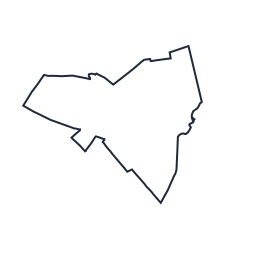 Santa Gertrudis, Oaxaca, Mexico, rotated 337°
{"feature_id": "50627088B89208011470792", "entity_name": "Santa Gertrudis", "entity_type": "district", "adm_level": 2, "iso_a3": "MEX", "parent_name": "Mexico", "parent_adm1": "Oaxaca", "projection": "natural_earth1", "projection_center": [-96.798, 16.776], "detail": "fine", "context": "isolated", "style": "outline", "palette": "slate", "viewbox_px": 256, "rotation_deg": 337, "n_neighbors": 0, "source": "geoboundaries", "source_scale": "gbopen_adm2", "svg_char_len": 2953}
<svg xmlns="http://www.w3.org/2000/svg" viewBox="0 0 256 256"><g transform="rotate(337 128 128)"><path d="M195.9,74.7L194.5,80.6L183.4,77.5L175.3,75.4L175.0,75.1L175.3,73.1L169.5,71.5L166.7,72.2L156.1,75.6L149.3,77.5L133.2,81.8L131.4,82.3L126.1,72.5L120.1,65.5L118.8,66.1L117.2,64.6L115.2,63.6L113.0,63.3L112.4,64.3L112.3,65.4L112.6,67.3L112.1,68.1L108.4,65.5L106.2,64.0L105.6,63.6L100.9,60.4L97.4,58.1L87.2,54.4L83.3,52.5L76.9,49.6L75.1,49.0L71.4,46.3L61.7,52.5L53.8,57.0L40.3,66.5L47.8,76.4L50.7,79.6L60.0,90.4L78.6,107.6L79.4,107.9L79.7,108.1L80.3,108.6L82.2,110.0L82.4,110.2L82.7,110.3L83.2,110.5L82.8,111.4L77.2,113.1L72.2,114.8L73.0,116.9L74.4,119.9L74.7,120.6L75.5,122.3L75.6,122.5L75.8,123.1L76.1,123.7L76.3,124.1L76.7,125.0L79.4,132.7L80.0,132.6L80.5,132.5L80.9,131.8L81.5,131.4L81.9,131.2L82.4,131.0L82.5,130.9L83.3,130.5L83.5,130.3L84.6,129.7L84.8,129.6L85.0,129.5L85.8,129.1L86.9,128.4L87.4,128.1L89.2,127.0L89.4,126.9L89.8,126.6L90.1,126.3L90.4,126.1L90.7,125.9L91.1,125.7L94.3,123.5L95.2,123.2L97.7,125.3L100.3,127.8L100.5,128.0L101.9,129.0L101.6,129.6L101.2,129.8L100.8,130.1L100.5,130.3L100.1,130.4L99.8,130.7L99.5,130.9L99.4,130.9L99.3,131.1L99.2,131.2L99.6,131.8L99.9,132.7L100.2,133.9L100.2,134.2L100.4,135.0L100.6,135.9L100.8,136.7L101.1,137.8L101.4,138.7L101.6,139.5L101.8,140.0L102.0,140.5L102.1,141.0L102.3,141.5L102.5,142.0L103.0,144.0L103.5,146.0L104.0,147.3L104.1,148.1L104.3,148.4L104.4,148.7L104.5,149.4L104.6,149.6L104.9,150.3L105.0,150.7L105.1,151.1L105.2,151.4L105.3,151.6L105.4,152.1L105.5,152.3L105.5,152.5L105.6,152.8L105.8,153.1L105.8,153.4L105.9,153.6L106.0,154.0L106.1,154.4L106.2,154.8L106.3,155.0L106.4,155.4L106.5,155.7L106.6,155.8L106.6,156.0L106.8,156.5L106.9,156.9L107.0,157.1L107.0,157.3L107.1,157.5L107.2,157.9L107.4,158.6L107.6,159.2L107.7,159.4L107.8,159.8L108.0,160.2L108.0,160.5L108.2,161.1L108.3,161.5L108.5,161.8L108.6,162.1L108.8,162.7L109.0,163.1L109.0,163.6L109.1,164.1L110.3,168.0L115.4,167.7L117.4,174.1L118.7,177.8L118.9,178.5L119.7,180.8L121.0,185.0L121.3,185.6L122.1,189.2L123.4,192.4L123.8,193.4L124.9,196.6L125.0,197.5L128.9,209.7L140.4,200.7L148.1,193.4L148.4,193.2L149.1,192.6L151.0,190.7L152.7,189.3L153.0,189.1L153.8,188.4L154.2,188.0L156.1,185.7L158.0,181.9L161.8,173.9L164.5,168.3L167.7,161.5L170.6,155.4L173.0,154.4L174.0,154.3L174.8,154.2L175.1,154.2L176.9,154.7L177.2,155.1L177.4,155.2L177.6,155.3L177.7,155.5L178.1,155.8L178.5,155.9L178.7,156.0L178.9,156.0L179.1,156.1L179.7,155.9L180.9,155.6L181.2,155.6L181.4,155.5L181.8,155.2L182.3,154.9L183.5,154.1L186.0,152.1L186.1,151.7L185.9,150.7L185.7,150.3L185.5,149.7L186.0,148.6L186.4,148.5L186.9,148.4L187.5,148.4L188.4,148.3L189.3,148.3L189.6,148.3L190.6,148.0L191.1,147.2L190.8,146.9L191.6,146.3L192.5,145.9L191.5,144.1L190.7,144.6L190.8,143.4L191.3,142.2L192.0,140.7L193.3,139.4L194.5,138.1L199.9,136.8L200.7,136.3L202.9,134.4L203.7,133.6L206.1,132.9L215.7,76.2L195.9,74.7Z" fill="none" stroke="#1e293b" stroke-width="2"/></g></svg>